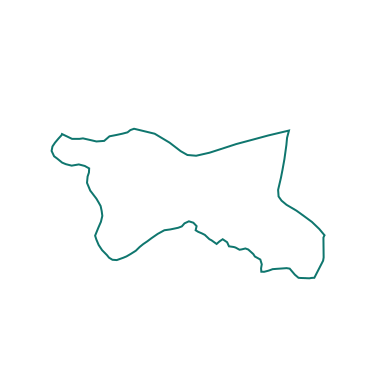 outline of Ash Shati', rotated 200°
{"feature_id": "LBY-2967", "entity_name": "Ash Shati'", "entity_type": "Municipality", "adm_level": 1, "iso_a3": "LBY", "parent_name": "Libya", "parent_adm1": "", "projection": "mercator", "projection_center": [12.752, 27.893], "detail": "fine", "context": "isolated", "style": "outline", "palette": "teal", "viewbox_px": 384, "rotation_deg": 200, "n_neighbors": 0, "source": "natural_earth", "source_scale": "10m", "svg_char_len": 1770}
<svg xmlns="http://www.w3.org/2000/svg" viewBox="0 0 384 384"><g transform="rotate(200 192 192)"><path d="M52.7,196.7L52.8,196.2L52.9,194.1L45.9,175.5L45.3,172.3L47.7,153.2L49.8,152.4L52.3,151.0L56.1,149.8L60.4,148.4L62.6,147.8L67.1,149.5L74.0,153.4L77.1,152.8L81.3,150.9L85.6,149.0L89.8,147.1L92.5,144.8L93.4,144.1L96.9,141.7L99.6,140.8L101.0,143.9L101.7,147.9L104.7,151.9L110.9,152.9L113.1,154.6L119.5,157.2L122.5,157.2L125.8,155.0L127.6,154.0L132.1,154.7L133.9,154.6L138.7,153.6L141.8,156.8L147.0,158.1L148.7,155.8L149.5,154.6L151.1,151.6L157.2,153.3L159.5,153.6L165.3,156.1L168.7,156.5L172.6,156.7L175.5,157.3L176.0,161.5L180.2,163.6L184.9,163.4L188.3,160.0L189.8,156.2L192.7,153.7L195.4,152.0L199.6,149.4L204.9,146.6L209.9,140.9L214.3,134.7L217.1,130.4L220.0,126.4L222.4,122.4L224.7,117.6L228.5,112.7L231.5,109.1L234.1,106.7L239.4,102.3L243.6,101.1L247.5,101.9L250.3,103.6L256.6,106.6L261.6,110.3L265.6,114.6L268.1,117.8L268.0,120.8L267.8,126.2L267.4,132.9L268.1,138.9L270.4,143.3L273.1,147.6L276.0,150.1L279.5,153.0L288.1,158.5L293.8,164.7L295.4,170.8L295.5,175.0L296.7,179.0L301.7,179.8L307.8,179.2L314.1,175.6L320.1,175.0L324.1,175.2L330.4,177.4L333.8,178.4L338.0,182.6L338.7,187.1L337.6,191.5L335.7,196.7L334.0,200.8L334.0,202.0L322.9,200.9L315.8,203.5L312.8,205.1L304.2,206.2L299.1,206.8L292.0,210.0L288.6,216.1L282.6,219.7L277.5,222.9L273.0,226.0L271.1,229.1L268.1,231.6L263.0,232.2L247.0,234.0L229.9,230.7L216.6,226.5L209.0,225.2L200.5,227.5L189.0,234.9L179.6,242.2L166.8,252.2L152.5,262.2L139.7,271.2L128.3,278.7L121.9,282.9L121.2,275.4L119.4,268.5L116.4,254.5L114.5,243.5L113.3,235.9L111.8,223.4L109.1,217.4L104.9,214.5L98.8,212.3L87.5,210.2L78.3,207.6L69.1,204.9L59.8,200.8L52.9,196.8L52.7,196.7Z" fill="none" stroke="#0f766e" stroke-width="2"/></g></svg>